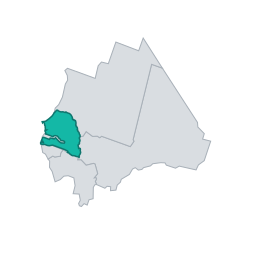 Senegal and the surrounding countries, rotated 20°
{"feature_id": "SEN", "entity_name": "Senegal", "entity_type": "country or territory", "adm_level": 0, "iso_a3": "SEN", "parent_name": "Africa", "parent_adm1": "", "projection": "natural_earth1", "projection_center": [-14.381, 14.503], "detail": "fine", "context": "with_neighbors", "style": "filled", "palette": "teal", "viewbox_px": 256, "rotation_deg": 20, "n_neighbors": 5, "source": "natural_earth", "source_scale": "50m", "svg_char_len": 4874}
<svg xmlns="http://www.w3.org/2000/svg" viewBox="0 0 256 256"><g transform="rotate(20 128 128)"><path d="M91.6,175.2L90.8,165.8L87.9,163.2L86.1,152.6L88.6,151.0L89.9,145.7L97.6,148.0L101.9,146.2L104.8,146.8L106.0,144.8L136.5,144.7L138.1,138.4L136.8,137.3L128.4,60.1L139.8,60.0L191.4,99.0L193.3,103.2L201.6,107.2L201.9,112.9L210.2,112.1L210.8,132.6L206.8,138.6L206.3,144.1L189.2,146.3L186.4,149.5L176.7,149.8L174.7,148.1L170.6,149.4L163.5,153.1L162.1,155.9L156.2,159.9L155.2,162.2L152.1,164.0L148.4,162.8L146.3,165.0L145.2,171.1L139.2,178.5L139.4,181.5L137.4,185.3L137.9,190.5L133.0,192.9L131.8,189.1L128.3,189.9L126.9,192.5L117.8,191.9L115.5,189.3L115.9,186.7L114.9,185.7L113.3,186.5L115.1,181.3L109.4,173.2L107.8,173.0L101.4,177.3L94.8,174.0L91.6,175.2Z" fill="#d9dde1" stroke="#a8b0b8" stroke-width="1"/><path d="M49.0,95.6L50.7,92.6L80.2,92.6L78.7,79.7L80.5,75.1L87.5,74.3L87.2,51.4L111.6,51.8L111.5,38.3L139.8,60.0L128.4,60.1L136.8,137.3L138.1,138.4L136.5,144.7L106.0,144.8L104.8,146.8L101.9,146.2L97.6,148.0L89.9,145.7L88.6,151.0L86.1,152.6L76.4,139.9L67.7,134.9L63.5,135.0L59.8,136.9L56.0,136.2L53.4,139.0L52.8,134.2L54.9,129.8L55.8,121.4L54.1,108.1L54.9,103.7L53.0,99.4L49.0,95.6Z" fill="#d9dde1" stroke="#a8b0b8" stroke-width="1"/><path d="M74.4,170.7L83.6,173.0L91.1,172.0L91.6,175.2L94.8,174.0L101.4,177.3L107.8,173.0L109.4,173.2L115.1,181.3L113.3,186.5L114.9,185.7L115.9,186.7L115.5,189.3L117.8,191.9L116.3,192.6L115.7,195.6L119.4,206.4L115.9,208.8L116.0,214.4L112.6,214.1L111.1,217.7L108.9,217.7L107.4,215.8L107.9,212.2L104.7,206.8L98.9,208.5L98.0,200.3L94.2,193.4L88.1,193.3L84.2,195.2L82.0,199.6L77.9,203.5L71.6,194.8L67.7,191.8L65.7,185.9L63.5,184.5L66.9,180.1L69.2,180.3L74.1,177.6L73.4,174.7L74.4,170.7Z" fill="#d9dde1" stroke="#a8b0b8" stroke-width="1"/><path d="M51.7,172.5L60.3,170.3L74.4,170.7L73.4,174.7L74.1,177.6L69.2,180.3L66.9,180.1L63.5,184.5L59.4,180.8L56.2,180.2L51.7,172.5Z" fill="#d9dde1" stroke="#a8b0b8" stroke-width="1"/><path d="M51.4,161.7L59.7,161.5L61.5,159.3L63.9,159.2L66.9,161.4L71.8,159.9L73.3,162.5L70.0,164.5L63.4,162.5L57.4,165.9L50.4,165.7L51.4,161.7Z" fill="#d9dde1" stroke="#a8b0b8" stroke-width="1"/><path d="M85.2,150.9L85.9,152.3L85.8,153.0L85.6,154.0L86.0,154.7L86.5,155.2L86.8,155.6L87.2,156.3L87.3,157.5L87.2,158.3L87.5,158.7L87.7,159.2L87.6,159.6L87.5,160.0L87.0,160.5L87.0,161.4L87.7,162.5L88.2,163.0L88.2,163.4L88.3,163.8L88.7,164.2L88.9,164.1L89.1,163.7L89.9,163.6L90.2,163.7L90.6,164.4L90.7,164.9L90.8,165.5L91.3,166.2L91.6,166.8L91.7,167.1L92.0,167.5L91.8,168.5L91.9,169.0L91.6,170.3L91.6,171.0L92.1,171.7L92.1,172.3L91.6,172.2L90.7,172.1L88.9,172.5L88.3,172.3L87.1,172.4L86.2,172.6L85.2,173.0L84.4,172.9L83.9,172.6L83.3,172.6L82.7,172.4L82.0,172.1L81.3,171.9L80.6,171.3L80.3,171.2L80.1,171.3L79.9,171.5L79.7,171.7L79.3,171.6L79.2,171.1L79.3,170.8L79.3,170.4L79.1,170.3L78.7,170.2L78.0,170.2L76.9,170.1L76.7,170.0L74.2,169.9L71.6,169.9L69.5,169.9L66.7,169.9L64.8,169.9L63.0,169.9L61.6,170.7L60.1,171.6L58.1,172.0L55.8,171.9L55.0,172.0L54.2,172.4L53.7,172.7L52.9,172.8L51.8,172.7L51.4,172.8L51.2,172.4L50.9,171.7L51.0,171.2L51.7,170.9L52.6,170.5L53.1,170.7L53.4,170.8L53.5,170.5L53.4,170.4L52.7,170.0L52.3,169.6L52.0,169.8L51.7,170.4L51.5,170.6L51.2,170.7L51.0,170.3L50.9,170.0L51.1,169.7L51.0,168.1L51.1,167.2L51.0,166.4L51.5,165.9L51.9,165.6L53.6,165.6L55.1,165.6L56.6,165.6L58.1,165.6L58.3,164.1L58.8,164.0L59.5,163.8L60.8,163.7L62.3,163.5L62.6,163.2L62.9,162.7L63.0,162.2L63.3,162.0L63.8,162.2L64.3,162.4L64.9,162.8L65.5,163.1L66.0,163.3L67.0,163.9L68.8,164.6L70.2,164.9L72.0,164.4L73.3,164.0L73.4,163.4L73.2,162.7L72.3,162.2L71.0,162.2L70.6,162.4L70.0,162.6L69.6,162.7L69.0,162.5L68.3,162.0L67.8,161.5L67.1,161.3L66.3,161.0L65.0,160.0L64.3,159.8L63.7,159.8L62.4,160.0L61.2,160.5L60.6,161.8L59.4,161.8L56.9,161.7L54.5,161.7L52.6,161.8L52.4,160.9L51.9,160.1L51.2,159.5L51.0,158.9L51.3,158.4L52.0,158.0L52.2,157.7L51.8,157.8L51.2,158.0L50.8,158.1L50.8,157.3L50.2,156.2L49.5,154.5L48.7,153.8L48.0,152.4L47.3,151.8L46.6,151.6L46.1,151.6L45.9,152.3L45.2,151.4L46.1,151.0L48.2,149.9L50.5,146.5L52.6,142.6L52.8,141.7L53.1,141.0L53.3,139.4L53.6,138.4L53.8,138.2L54.2,137.5L54.6,136.2L55.1,135.5L55.6,135.4L56.1,135.4L56.4,135.7L57.2,135.8L58.7,135.9L59.8,135.7L60.6,135.3L61.6,135.0L62.9,135.0L63.6,134.9L63.7,134.5L63.8,134.4L64.1,134.5L64.4,134.5L64.6,134.2L64.8,134.2L65.1,134.4L66.1,134.5L68.1,134.4L69.8,135.1L71.5,136.5L72.3,137.5L72.4,137.9L72.6,138.4L73.1,138.9L73.6,139.0L74.0,138.7L74.3,138.7L74.5,139.1L75.0,139.2L75.5,139.0L75.9,139.0L75.9,139.3L76.0,139.4L76.3,139.4L76.6,139.7L77.1,140.5L77.5,141.5L77.8,142.9L78.2,143.7L78.6,143.8L78.9,144.1L79.0,144.4L79.1,144.6L79.4,144.7L79.8,144.7L80.3,145.1L80.8,146.1L80.9,146.6L80.8,146.8L80.8,147.0L81.2,147.2L81.5,147.5L81.7,148.0L82.3,148.4L83.2,148.8L83.8,149.4L84.2,150.2L85.0,150.8L85.2,150.9Z" fill="#14b8a6" stroke="#0f766e" stroke-width="1.5"/></g></svg>